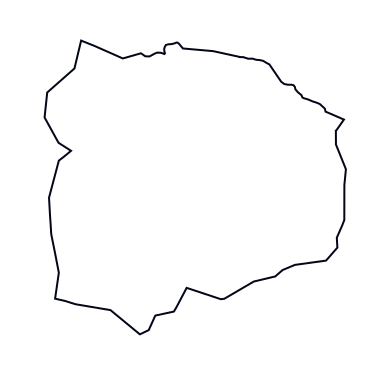 Jargalant, Hövsgöl, Mongolia (Robinson projection), rotated 96°
{"feature_id": "93677404B92593673240839", "entity_name": "Jargalant", "entity_type": "district", "adm_level": 2, "iso_a3": "MNG", "parent_name": "Mongolia", "parent_adm1": "Hövsgöl", "projection": "robinson", "projection_center": [99.301, 48.56], "detail": "fine", "context": "isolated", "style": "outline", "palette": "ink", "viewbox_px": 384, "rotation_deg": 96, "n_neighbors": 0, "source": "geoboundaries", "source_scale": "gbopen_adm2", "svg_char_len": 1433}
<svg xmlns="http://www.w3.org/2000/svg" viewBox="0 0 384 384"><g transform="rotate(96 192 192)"><path d="M232.1,41.6L222.3,43.2L209.8,39.2L204.0,37.6L169.0,41.2L153.3,41.3L129.7,53.8L116.2,55.3L116.2,55.2L104.1,48.5L98.1,67.6L95.3,68.5L93.3,71.1L91.1,74.2L90.3,76.9L89.9,78.4L89.3,81.5L87.8,86.3L87.1,90.3L86.6,91.9L85.7,92.5L84.3,93.2L83.5,94.4L81.8,97.0L79.1,99.9L76.7,100.7L75.2,102.2L74.9,104.3L75.3,107.6L75.0,111.5L73.0,114.8L72.9,114.9L57.0,128.4L56.1,130.8L55.2,132.7L54.2,134.8L54.0,135.8L54.0,136.7L53.8,137.8L53.7,138.9L53.8,141.5L53.5,143.7L53.0,145.7L53.3,147.0L53.3,148.4L53.6,150.0L53.0,152.7L52.9,153.8L52.5,154.7L52.8,158.5L52.7,158.5L49.7,185.6L50.2,216.0L45.9,220.5L45.0,221.9L45.0,223.1L46.1,225.1L47.0,227.7L47.6,230.9L48.5,233.3L50.7,234.3L52.7,234.6L55.0,234.2L57.0,233.4L57.7,234.0L57.3,235.2L56.8,237.7L57.0,241.0L58.1,243.3L60.1,246.2L61.6,248.4L61.8,250.6L61.9,252.7L60.5,255.2L59.4,257.3L66.4,274.7L66.4,274.8L56.9,304.3L53.0,318.1L81.4,321.8L108.2,346.4L133.3,346.4L157.0,329.9L163.7,316.6L170.4,323.2L174.7,327.7L212.6,333.6L231.1,330.6L239.6,329.1L248.6,327.6L267.8,321.6L286.2,316.0L312.4,317.0L313.6,307.0L315.8,296.1L315.8,295.9L318.0,260.7L339.0,229.0L333.9,220.6L318.8,215.6L318.7,215.5L312.8,197.5L308.2,195.4L287.9,187.3L295.6,152.1L294.8,148.7L274.6,121.2L267.3,100.5L267.3,100.4L260.1,93.7L253.7,82.0L253.7,81.9L246.2,51.5L232.1,41.6Z" fill="none" stroke="#020617" stroke-width="2"/></g></svg>